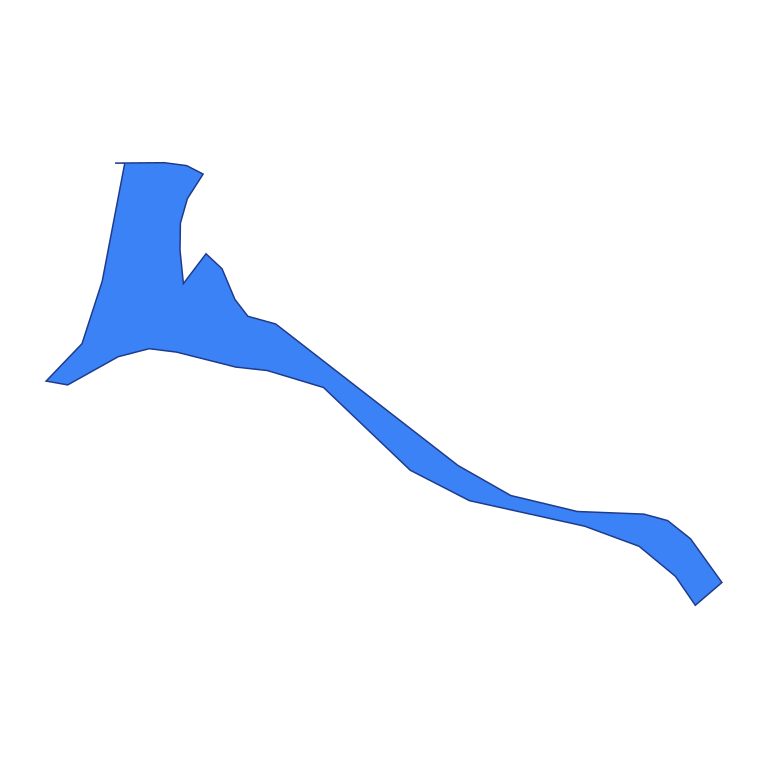 North Eleuthera, Albers equal-area conic projection
{"feature_id": "BHS-5027", "entity_name": "North Eleuthera", "entity_type": "District", "adm_level": 1, "iso_a3": "BHS", "parent_name": "The Bahamas", "parent_adm1": "", "projection": "albers", "projection_center": [-76.584, 25.425], "detail": "fine", "context": "isolated", "style": "filled", "palette": "blue", "viewbox_px": 768, "rotation_deg": 0, "n_neighbors": 0, "source": "natural_earth", "source_scale": "10m", "svg_char_len": 585}
<svg xmlns="http://www.w3.org/2000/svg" viewBox="0 0 768 768"><path d="M695.3,605.3L675.5,576.4L639.1,546.3L584.6,526.2L469.5,500.7L410.3,470.3L323.5,387.5L267.1,370.5L235.8,367.1L176.5,352.1L149.1,348.7L118.2,356.7L67.7,384.9L46.1,381.1L82.0,343.7L102.2,281.3L124.8,163.1L115.0,163.1L164.3,162.7L186.6,165.6L203.1,174.1L187.4,198.6L180.4,223.1L180.0,250.2L183.4,283.6L206.0,253.8L222.0,268.7L234.9,299.4L247.9,316.3L275.7,324.0L458.0,465.5L510.7,495.5L577.3,511.5L643.8,514.1L667.7,520.6L690.6,538.9L721.9,582.5L695.3,605.3Z" fill="#3b82f6" stroke="#1e3a8a" stroke-width="1.5"/></svg>